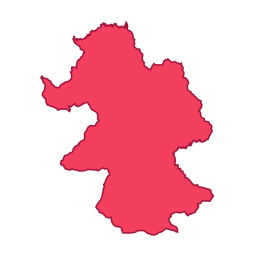 outline of Frontino, Antioquia, Colombia, rotated 275°
{"feature_id": "7082276B55933197621379", "entity_name": "Frontino", "entity_type": "district", "adm_level": 2, "iso_a3": "COL", "parent_name": "Colombia", "parent_adm1": "Antioquia", "projection": "mercator", "projection_center": [-76.301, 6.705], "detail": "fine", "context": "isolated", "style": "filled", "palette": "rose", "viewbox_px": 256, "rotation_deg": 275, "n_neighbors": 0, "source": "geoboundaries", "source_scale": "gbopen_adm2", "svg_char_len": 5830}
<svg xmlns="http://www.w3.org/2000/svg" viewBox="0 0 256 256"><g transform="rotate(275 128 128)"><path d="M171.0,37.0L170.3,37.0L169.8,37.8L166.1,39.6L164.9,41.1L162.9,42.0L161.3,41.6L159.0,41.6L155.5,39.9L153.2,39.9L150.8,42.0L149.5,43.8L146.9,44.0L144.0,45.6L142.0,53.3L141.3,54.9L139.8,56.6L139.9,57.7L141.0,59.0L141.5,65.1L139.4,68.3L141.0,68.9L144.8,67.3L144.2,69.3L147.5,72.8L147.2,73.5L145.6,74.0L145.1,76.5L147.1,80.0L148.5,80.8L148.1,81.4L149.9,84.2L149.5,86.1L147.9,86.8L147.3,87.9L145.1,88.8L143.1,90.5L141.1,94.8L139.6,96.5L138.7,96.3L136.9,97.1L134.6,96.8L133.9,97.2L133.1,98.6L132.7,98.4L130.4,96.3L127.8,95.2L126.9,94.4L127.3,90.6L126.8,89.7L125.8,89.1L125.6,88.3L121.4,86.7L118.9,85.1L114.9,85.7L112.3,85.3L110.6,82.2L108.0,80.0L106.9,80.6L106.0,78.1L104.5,76.5L102.1,75.2L100.6,75.2L99.1,74.6L97.9,72.1L96.2,70.7L95.3,68.0L94.5,67.0L90.5,66.0L89.5,64.3L88.4,64.5L87.7,64.0L86.5,64.0L85.3,64.9L85.5,66.0L84.6,67.2L81.9,69.1L81.1,73.4L82.2,76.1L81.7,77.7L81.8,80.1L80.9,82.8L81.5,87.9L83.2,91.8L83.4,99.9L82.9,102.2L86.1,106.3L85.2,108.0L85.3,109.0L85.9,110.2L85.4,111.1L79.8,114.0L78.3,112.1L74.6,110.7L74.3,110.3L73.5,110.4L71.1,109.7L69.5,108.7L67.4,109.7L66.1,109.0L56.9,108.0L54.0,107.0L50.3,104.5L46.5,102.9L44.4,104.7L43.8,106.0L41.5,106.7L40.8,109.9L37.3,114.1L36.8,116.2L37.0,117.6L37.8,118.8L32.9,120.1L30.8,121.5L29.0,124.1L28.5,129.8L25.8,130.6L22.9,132.4L23.3,133.7L23.4,137.4L24.3,142.9L25.1,144.9L26.5,146.4L27.2,152.0L26.4,154.1L24.6,156.9L24.6,158.5L23.8,160.1L23.7,163.8L25.3,166.7L26.6,167.7L27.0,169.4L28.1,171.4L30.8,174.2L31.2,175.3L30.1,179.7L30.0,182.6L28.8,184.7L28.7,186.6L31.9,185.9L33.5,184.8L35.7,179.1L37.2,178.6L38.4,177.2L40.6,176.8L42.2,176.9L43.3,178.6L44.6,178.6L45.5,178.0L48.4,183.2L48.0,185.6L48.1,187.8L48.6,189.3L49.7,191.0L48.8,192.7L46.5,194.2L45.9,195.6L47.6,196.9L47.9,198.7L49.0,200.0L49.4,201.5L50.5,202.7L52.2,202.8L53.0,203.9L55.4,205.2L56.9,205.0L57.7,203.9L58.7,204.4L59.0,206.3L59.6,207.1L61.0,207.5L61.9,208.7L62.3,216.1L65.2,217.6L66.3,217.7L66.8,218.5L67.8,219.0L70.4,216.5L73.3,215.8L73.9,214.7L74.3,211.3L75.0,209.6L74.8,207.5L75.6,206.5L75.3,205.6L75.7,203.1L77.6,202.0L76.8,200.3L76.8,198.9L78.7,196.3L81.2,194.2L83.6,191.0L83.4,189.3L85.9,189.3L87.3,187.4L88.4,186.6L89.8,186.3L89.4,184.6L91.0,183.9L92.2,183.9L91.7,181.6L95.4,181.1L95.5,179.1L94.9,178.6L95.5,177.7L97.5,177.9L98.3,177.4L99.1,178.1L99.8,177.6L101.3,177.8L103.5,176.9L104.5,175.7L105.7,176.3L106.3,175.1L107.9,176.5L108.9,176.4L109.4,178.0L110.1,178.8L111.2,179.0L111.7,179.9L113.5,179.9L113.0,180.4L113.4,181.9L112.9,182.6L112.5,182.6L112.4,183.1L113.8,184.6L113.0,185.0L113.3,185.9L112.5,187.0L112.9,187.7L114.1,187.4L114.2,188.3L115.1,188.3L115.6,188.9L115.7,190.0L116.3,190.2L116.6,190.7L115.8,192.0L117.0,192.5L118.3,190.9L118.5,191.3L118.0,192.9L118.8,193.0L119.8,193.8L120.9,193.6L121.4,194.2L120.9,196.4L120.0,196.5L120.4,197.2L120.1,198.0L121.0,198.4L121.4,199.5L122.4,199.7L122.5,200.1L122.2,201.1L121.0,201.0L120.5,203.2L121.7,205.9L123.1,206.7L123.5,208.5L125.0,209.3L127.7,209.7L128.4,210.5L130.2,211.0L131.9,212.0L133.0,211.9L134.9,210.8L136.2,211.5L138.2,210.6L138.6,209.2L140.7,208.2L141.3,207.1L141.3,203.8L143.9,203.1L144.6,200.9L146.5,199.1L147.5,199.4L149.4,198.8L150.3,198.3L150.9,197.0L151.8,198.0L153.1,197.9L154.7,199.4L155.6,199.1L157.7,199.6L159.1,198.4L161.3,198.4L162.7,194.7L164.4,193.3L165.2,191.8L167.1,190.1L167.7,188.7L169.6,187.2L170.2,185.8L170.4,184.4L175.4,183.3L177.8,184.3L178.9,184.3L179.9,183.5L180.8,183.4L181.0,182.5L182.4,181.5L183.1,180.6L183.3,178.4L186.2,179.0L188.6,178.7L190.5,177.1L191.2,177.1L191.6,177.7L192.2,177.7L194.0,176.9L195.3,175.8L197.2,175.5L196.3,173.9L198.2,168.6L197.1,166.0L200.2,161.7L199.4,161.2L199.4,159.9L198.1,158.1L193.9,156.8L193.3,149.9L194.4,148.2L192.8,147.6L192.3,146.8L190.0,146.2L187.9,144.9L188.6,143.2L190.3,141.0L191.3,138.9L193.3,138.2L194.5,138.6L196.5,136.6L199.2,136.1L201.5,136.3L202.8,136.1L204.6,133.7L207.3,132.8L207.7,132.1L207.3,131.5L207.4,130.3L209.3,127.3L210.2,126.8L213.0,127.3L214.1,126.5L216.6,127.0L217.6,125.5L221.8,124.5L224.0,122.8L224.9,121.7L225.2,119.7L226.6,118.5L228.9,118.7L231.2,118.2L233.1,116.9L232.4,116.7L231.0,117.1L230.4,116.1L229.7,115.9L229.3,116.4L229.5,117.1L229.2,117.7L227.4,116.4L228.5,114.8L227.8,114.4L228.0,113.1L228.8,112.9L227.9,111.0L227.2,110.9L227.2,110.4L227.7,109.6L228.5,109.6L228.3,108.8L228.6,107.3L229.4,107.0L230.4,107.3L230.9,106.5L230.4,106.0L230.6,105.4L229.8,105.4L228.7,104.1L227.9,103.9L227.4,103.4L228.6,103.0L229.4,103.2L229.8,102.7L229.0,101.3L228.2,100.8L228.9,100.3L228.8,99.7L228.3,99.3L228.6,98.7L228.4,97.6L227.7,97.9L227.3,97.3L227.9,96.3L228.9,96.8L229.2,96.3L229.7,96.3L229.1,95.0L229.6,94.5L230.1,95.0L230.4,94.3L229.0,93.4L228.9,92.2L227.9,91.9L227.3,92.6L226.8,92.6L225.2,90.7L224.9,89.2L222.9,88.2L222.8,87.5L221.8,87.2L222.0,86.0L221.1,85.3L222.0,83.6L220.8,83.0L220.4,82.2L218.7,82.5L218.1,81.3L217.3,82.2L217.2,81.1L216.8,80.8L217.2,80.4L216.5,80.0L216.9,79.6L216.0,79.7L216.0,78.8L215.2,78.3L214.8,78.6L214.3,78.0L213.7,78.1L213.9,77.2L212.2,75.3L212.0,74.5L212.4,74.3L212.8,72.9L211.7,71.0L212.3,70.3L211.7,70.1L212.0,69.3L210.8,69.6L210.8,69.3L211.7,68.7L212.1,66.2L212.6,67.0L213.7,67.0L214.3,66.6L214.4,66.0L213.2,66.4L212.3,65.7L211.6,65.7L208.7,67.1L207.4,68.6L204.8,73.1L202.3,73.8L201.5,76.6L200.0,77.9L199.3,77.9L199.0,77.1L195.5,76.4L194.5,75.0L192.8,74.4L191.5,72.6L189.9,71.8L185.5,71.1L184.4,71.1L183.5,71.5L183.9,67.8L183.8,66.9L183.4,66.7L182.1,66.7L180.3,67.4L179.1,66.6L178.7,65.8L177.7,66.6L175.2,67.3L172.3,67.5L169.2,64.5L168.8,62.9L167.8,61.4L168.0,60.9L166.3,59.3L166.2,58.7L164.6,56.9L162.1,55.8L162.0,53.5L162.5,52.8L162.5,51.3L164.2,50.1L165.0,48.2L166.6,47.6L168.3,46.1L168.5,45.1L169.8,43.5L170.4,40.8L170.3,39.1L172.1,37.9L171.0,37.0Z" fill="#f43f5e" stroke="#9f1239" stroke-width="1.5"/></g></svg>